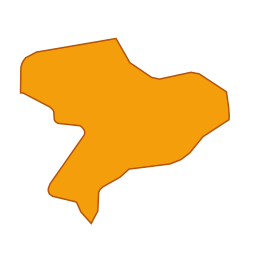 SVG path tracing the border of Hackney, rotated 353°
{"feature_id": "GBR-2765", "entity_name": "Hackney", "entity_type": "London Borough", "adm_level": 1, "iso_a3": "GBR", "parent_name": "United Kingdom", "parent_adm1": "", "projection": "natural_earth1", "projection_center": [-0.066, 51.545], "detail": "fine", "context": "isolated", "style": "filled", "palette": "amber", "viewbox_px": 256, "rotation_deg": 353, "n_neighbors": 0, "source": "natural_earth", "source_scale": "10m", "svg_char_len": 755}
<svg xmlns="http://www.w3.org/2000/svg" viewBox="0 0 256 256"><g transform="rotate(353 128 128)"><path d="M42.1,184.0L41.5,182.5L41.2,180.6L41.5,178.5L43.7,174.1L83.8,129.5L84.4,127.8L84.5,125.9L84.1,124.2L82.0,121.1L80.9,120.0L59.3,114.9L57.6,113.8L56.4,112.3L56.0,111.1L55.9,109.8L56.3,102.8L55.8,101.0L53.2,97.8L28.6,80.8L26.8,80.1L25.6,80.1L29.1,54.7L30.5,51.3L32.6,48.3L35.0,45.8L46.4,41.5L127.0,37.7L137.8,63.4L157.5,80.6L165.1,83.3L197.3,80.4L205.2,82.9L230.1,104.1L230.4,120.3L229.9,128.5L229.2,132.1L201.4,145.7L186.3,160.2L176.7,165.8L165.2,168.8L124.0,168.9L114.3,175.7L96.2,183.2L92.9,185.4L91.0,188.4L87.9,206.7L79.8,218.3L71.0,205.5L68.3,196.6L67.3,195.0L44.8,186.6L42.1,184.0Z" fill="#f59e0b" stroke="#b45309" stroke-width="1.5"/></g></svg>